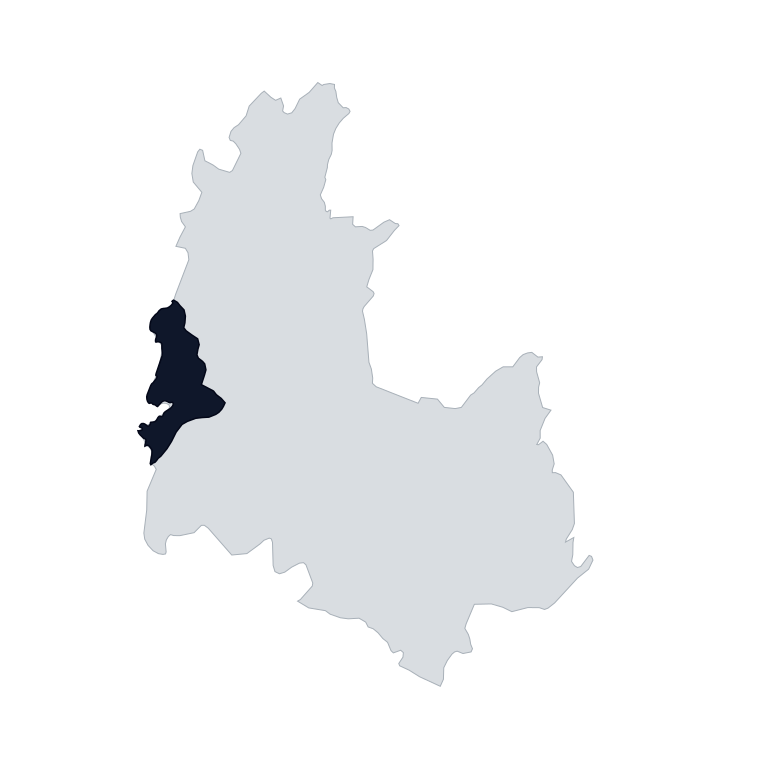 Guinea, with Mandiana highlighted, rotated 202°
{"feature_id": "GIN-5654", "entity_name": "Mandiana", "entity_type": "Prefecture", "adm_level": 1, "iso_a3": "GIN", "parent_name": "Guinea", "parent_adm1": "", "projection": "equal_earth", "projection_center": [-8.495, 10.8], "detail": "fine", "context": "in_parent", "style": "filled", "palette": "ink", "viewbox_px": 768, "rotation_deg": 202, "n_neighbors": 0, "source": "natural_earth", "source_scale": "10m", "svg_char_len": 5873}
<svg xmlns="http://www.w3.org/2000/svg" viewBox="0 0 768 768"><g transform="rotate(202 384 384)"><path d="M459.8,522.2L454.4,521.3L451.9,522.6L444.7,534.0L440.4,538.4L433.6,537.0L431.2,537.8L429.4,536.5L431.9,530.3L435.4,518.0L444.3,505.6L444.5,503.0L440.9,495.7L437.1,485.9L437.1,475.3L436.4,467.6L428.6,465.5L427.1,464.2L426.9,461.6L431.4,448.4L431.7,445.7L431.2,443.4L426.4,436.6L418.9,424.1L406.1,398.5L401.3,393.1L396.7,385.3L395.0,380.3L390.2,378.5L345.2,378.9L344.4,385.5L328.8,390.0L319.3,384.9L308.7,387.9L303.5,391.3L299.5,406.2L297.2,409.4L294.9,416.1L292.8,419.8L290.4,427.2L285.3,437.7L280.0,444.5L271.0,448.2L268.1,459.3L266.0,463.4L262.5,466.6L258.8,468.7L251.4,466.6L247.3,468.6L246.6,465.8L249.0,457.0L247.1,452.5L240.1,443.4L239.5,439.0L237.3,433.3L228.1,421.6L219.4,422.3L221.8,412.5L221.8,399.4L218.9,392.3L219.7,385.1L218.1,385.5L215.1,390.5L210.5,388.9L201.0,381.2L196.3,373.7L195.8,367.3L194.7,364.8L191.8,366.1L185.9,366.0L167.9,354.6L155.2,326.0L154.9,319.5L156.9,308.4L156.5,305.4L150.5,312.8L149.4,307.9L145.0,296.4L143.7,289.8L139.4,286.9L135.9,286.3L133.2,288.5L129.6,301.9L127.0,301.9L124.3,299.0L124.9,289.0L131.9,276.5L143.8,244.9L148.0,237.6L150.7,235.1L156.2,234.8L166.9,230.6L180.2,220.8L190.2,221.5L202.1,220.3L217.7,213.6L218.0,192.4L217.5,187.7L212.0,183.4L208.9,179.7L206.1,175.1L202.8,171.7L202.9,168.2L209.8,163.7L216.1,163.7L218.2,162.0L219.8,159.0L221.7,151.4L222.3,143.3L218.3,132.5L218.6,124.8L241.3,125.9L253.7,128.1L263.9,128.6L265.6,130.4L264.1,137.8L265.4,142.2L268.8,143.4L274.6,138.2L277.6,139.4L283.9,145.8L289.8,147.6L296.3,151.1L302.3,153.0L307.7,152.8L311.8,156.4L319.4,157.5L329.2,152.9L336.9,150.9L347.7,150.4L353.4,151.9L369.9,148.2L382.8,150.3L380.8,152.8L374.8,169.8L375.5,172.8L388.6,187.1L391.7,188.2L395.3,186.2L401.0,179.6L405.5,172.4L409.8,168.9L414.8,169.2L418.8,174.2L428.1,195.5L430.5,198.2L432.7,198.1L436.8,194.1L438.9,189.5L447.6,175.4L461.1,168.4L493.0,184.5L497.7,185.7L500.4,184.5L504.4,175.0L516.5,166.9L522.2,164.7L525.5,164.4L526.8,161.8L527.4,157.9L526.8,153.9L523.1,146.7L522.9,144.6L525.1,143.2L529.6,142.2L535.6,142.9L542.3,146.0L547.7,150.5L550.8,155.8L556.8,178.3L563.5,195.9L563.2,219.5L566.2,221.9L569.5,222.9L571.0,224.8L574.2,234.5L577.3,237.3L581.0,238.0L587.9,244.2L592.4,246.7L593.0,248.6L592.9,251.1L591.1,254.4L584.4,260.9L581.1,266.5L574.3,279.9L574.1,282.4L575.6,284.2L578.4,284.5L581.4,283.6L587.6,278.7L592.6,280.5L597.3,284.2L599.1,288.1L599.5,293.2L598.4,299.7L598.3,307.1L599.8,319.6L602.3,332.1L604.8,336.6L620.6,347.6L622.1,351.8L622.9,356.4L621.8,362.8L620.2,366.3L611.5,376.1L610.2,380.7L610.8,389.4L611.5,426.1L614.9,432.3L619.0,435.4L628.5,433.7L628.2,443.9L627.0,455.3L632.5,458.8L635.3,462.3L636.9,465.6L628.1,471.6L625.5,475.2L624.4,484.7L624.7,493.5L636.5,499.8L641.0,507.2L643.0,514.9L643.7,529.4L642.7,532.7L639.7,532.7L633.7,523.9L624.5,523.0L617.7,521.3L606.4,522.4L604.5,525.1L603.1,544.3L605.9,547.5L611.3,551.2L614.8,552.7L617.8,552.3L620.0,554.6L620.5,561.0L619.0,565.6L616.0,569.9L612.3,581.0L613.1,591.2L606.7,607.5L604.8,610.7L596.3,607.5L590.8,606.4L586.8,610.5L581.3,604.2L580.3,599.2L578.3,598.2L574.6,598.1L571.1,600.9L569.6,606.1L568.9,616.5L562.6,626.4L558.3,638.7L553.2,637.6L552.1,639.1L546.8,642.3L542.1,643.2L540.9,639.9L538.2,637.2L535.2,632.0L531.8,627.7L525.3,624.8L522.7,626.1L519.7,625.8L517.6,624.1L517.9,621.6L521.3,615.1L523.3,609.2L524.4,602.8L524.4,596.7L522.5,588.0L519.6,581.1L518.9,577.2L519.3,571.5L518.6,566.2L517.6,563.5L516.3,553.5L514.5,551.7L513.6,543.7L513.9,535.5L511.3,532.4L507.4,530.1L505.0,526.9L503.6,523.4L502.2,522.3L500.9,522.5L499.8,524.7L498.5,525.2L496.2,517.5L495.2,517.2L493.6,519.0L475.3,527.5L472.9,520.3L469.4,519.0L463.3,521.9L459.8,522.2Z" fill="#d9dde1" stroke="#a8b0b8" stroke-width="1"/><path d="M621.9,362.8L621.1,363.9L620.6,365.1L620.3,366.3L620.0,367.7L618.7,370.1L617.0,371.3L613.5,373.1L612.1,374.7L610.7,377.2L610.0,379.6L610.6,380.7L611.5,381.1L611.3,382.0L610.4,383.0L606.1,382.3L602.7,380.3L597.2,377.8L593.6,372.6L591.5,366.1L590.8,361.2L587.4,359.2L580.6,357.5L573.7,356.1L570.1,351.2L569.6,346.7L568.4,341.0L565.8,338.4L560.7,337.0L557.8,335.5L554.4,330.4L553.8,325.0L553.1,315.0L539.4,313.6L535.5,311.3L529.4,309.6L524.3,307.0L524.5,303.1L525.0,299.9L526.5,295.9L528.6,292.8L533.9,287.7L540.0,284.8L545.7,281.7L552.3,275.7L556.1,270.9L558.7,261.5L559.5,251.2L561.0,242.7L563.9,233.4L565.6,230.4L566.2,227.8L567.1,225.5L568.5,224.3L569.9,221.8L570.9,222.6L572.4,229.5L572.7,231.2L573.3,233.1L574.0,234.9L574.8,236.3L578.7,238.6L580.6,238.7L582.4,236.8L582.8,238.0L583.1,240.1L583.4,241.8L583.9,243.2L584.7,243.6L586.7,243.7L590.9,245.4L593.1,246.7L594.6,248.5L593.4,248.9L591.9,249.8L591.1,251.0L591.6,252.4L592.9,252.8L594.2,252.5L594.9,252.9L594.5,255.4L593.7,256.6L592.4,257.2L591.0,257.3L589.8,257.1L587.0,256.3L586.4,257.0L585.6,259.1L585.7,259.4L585.9,259.9L586.1,260.5L585.9,261.2L585.7,261.4L585.0,261.5L584.8,261.6L584.2,262.1L582.7,262.9L582.2,263.3L581.4,265.0L581.0,268.3L580.4,269.8L579.7,270.3L578.3,270.3L577.7,270.6L577.1,271.7L577.1,272.7L577.2,273.6L577.2,274.6L576.4,276.5L573.2,280.9L572.6,282.1L572.0,283.7L571.7,285.3L572.0,286.8L573.1,287.8L574.2,287.4L575.4,286.5L576.8,286.4L578.0,286.6L579.3,286.6L580.5,286.5L581.7,286.0L582.9,284.8L583.6,283.4L585.5,278.3L586.6,278.3L588.0,278.9L589.5,278.8L590.2,278.6L590.9,278.7L592.2,279.3L592.9,279.2L594.2,278.2L595.1,278.2L596.6,279.2L598.1,281.0L599.2,283.2L599.6,285.4L599.7,295.2L599.5,296.9L599.1,297.8L598.6,298.5L597.1,303.8L597.0,305.8L598.9,306.7L599.2,308.4L600.3,327.2L601.1,329.7L603.2,333.6L605.0,338.0L606.3,338.9L607.8,338.9L609.4,338.5L610.5,337.9L611.1,337.4L611.6,337.6L612.3,339.1L612.5,340.3L612.6,342.8L613.0,344.0L614.3,345.3L616.2,345.7L620.0,346.0L621.4,347.0L622.4,349.0L623.1,351.4L623.6,353.6L623.8,356.1L623.4,358.3L621.9,362.8Z" fill="#0f172a" stroke="#020617" stroke-width="1.5"/></g></svg>